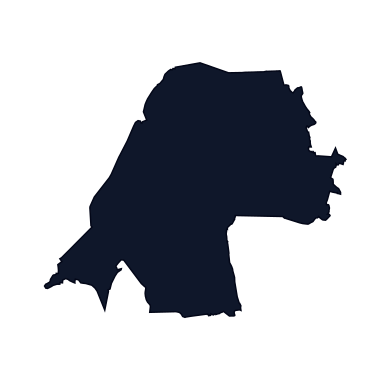 outline of Cuitzeo, Michoacán, Mexico, rotated 264°
{"feature_id": "50627088B4770354561434", "entity_name": "Cuitzeo", "entity_type": "district", "adm_level": 2, "iso_a3": "MEX", "parent_name": "Mexico", "parent_adm1": "Michoacán", "projection": "orthographic", "projection_center": [-101.122, 19.987], "detail": "fine", "context": "isolated", "style": "filled", "palette": "ink", "viewbox_px": 384, "rotation_deg": 264, "n_neighbors": 0, "source": "geoboundaries", "source_scale": "gbopen_adm2", "svg_char_len": 5891}
<svg xmlns="http://www.w3.org/2000/svg" viewBox="0 0 384 384"><g transform="rotate(264 192 192)"><path d="M83.7,92.9L101.8,98.5L103.5,98.3L104.0,100.2L104.1,100.3L109.6,102.3L116.4,106.6L119.5,109.1L120.1,109.8L122.0,113.3L123.1,113.7L122.5,109.8L122.5,109.6L124.6,109.1L125.7,108.5L126.7,108.9L129.0,111.1L132.0,114.5L131.4,117.0L106.3,132.0L103.0,134.9L102.3,135.8L101.1,136.0L99.5,135.6L97.7,135.1L96.1,134.8L94.4,134.8L93.1,134.8L92.1,135.0L90.3,135.2L89.1,135.5L87.0,136.4L85.4,137.6L83.7,138.6L82.2,138.6L76.8,137.4L74.7,163.5L73.9,166.0L73.4,167.1L71.7,168.6L69.2,169.7L68.1,171.9L68.3,172.6L68.6,178.1L69.0,193.2L69.0,194.5L68.7,194.5L68.7,195.1L68.2,195.2L68.1,195.9L67.3,195.8L67.4,197.6L68.9,197.9L67.5,200.3L68.4,202.3L68.1,202.6L68.1,202.8L67.7,202.9L68.1,204.7L68.3,206.8L69.0,207.5L69.3,209.3L70.0,210.8L64.8,216.2L64.4,220.8L64.7,221.6L65.2,221.7L65.8,221.5L66.4,221.4L67.5,221.4L67.8,221.3L68.5,221.5L69.1,221.7L69.3,222.3L69.5,222.5L69.7,222.9L69.8,225.9L69.9,226.4L69.9,226.8L69.1,228.3L71.2,228.2L72.4,228.3L73.7,228.7L74.9,228.3L76.4,227.7L76.6,227.3L83.0,226.0L84.6,225.9L91.4,225.5L98.2,225.1L102.6,225.4L105.8,224.9L108.1,224.5L109.5,224.3L111.1,224.3L113.8,223.6L115.7,222.9L117.8,222.0L126.3,222.0L127.2,222.3L136.5,222.1L138.3,221.8L138.5,222.0L139.0,221.9L139.0,222.2L139.9,221.8L140.6,221.6L141.7,221.7L144.3,221.8L145.9,221.6L148.5,221.8L148.6,222.1L148.9,222.2L149.4,222.1L149.7,222.1L150.0,222.3L150.5,222.3L150.9,222.5L151.0,222.8L151.0,223.1L151.4,222.9L151.6,222.9L151.7,223.0L151.8,223.1L151.9,223.3L153.0,223.7L154.0,224.7L154.5,225.6L154.7,225.9L155.1,226.3L156.2,227.4L155.9,227.7L155.9,227.8L155.9,228.1L156.4,228.7L159.8,231.1L159.8,230.9L160.3,231.4L160.6,231.4L160.8,231.4L161.1,231.6L161.5,231.6L161.8,231.8L162.0,231.8L162.0,232.0L162.8,232.3L163.9,232.7L164.1,232.7L158.2,279.4L157.7,280.5L157.4,280.3L156.7,280.9L156.3,281.4L156.5,281.7L156.1,282.4L155.9,282.5L150.1,295.9L149.0,299.0L148.9,299.6L148.8,299.9L148.0,303.6L148.0,304.5L149.4,307.5L149.4,307.8L150.0,309.2L152.1,311.1L153.2,312.3L153.3,312.8L153.2,314.0L153.7,314.9L154.4,315.4L153.1,316.4L151.8,317.7L150.8,318.8L150.5,319.4L150.3,320.5L150.0,321.9L151.0,323.3L154.0,326.8L154.4,326.6L155.2,326.4L155.4,326.2L156.0,324.9L156.0,324.6L156.9,325.4L158.0,326.2L159.3,326.3L161.7,327.0L164.5,326.7L165.1,326.3L165.3,324.5L167.4,324.4L170.1,325.8L178.3,329.0L176.9,332.6L176.8,333.5L176.7,333.6L176.4,334.1L176.3,334.7L176.1,335.8L176.1,336.0L176.2,336.4L175.4,336.3L175.1,337.5L174.3,339.5L176.2,339.7L180.1,338.1L181.1,336.8L182.4,335.5L183.6,334.5L184.7,333.5L185.1,333.2L186.3,333.4L187.2,333.4L188.0,333.5L188.9,333.5L189.9,333.5L191.8,331.3L200.0,334.9L201.2,336.1L201.6,337.4L202.6,337.8L203.1,338.1L204.3,338.2L205.0,338.3L204.4,338.7L203.7,339.8L203.7,340.3L204.3,340.7L205.2,341.3L205.1,341.9L203.6,345.1L204.3,345.4L204.9,345.6L205.5,345.7L206.1,345.9L206.8,346.4L207.3,347.1L207.0,347.5L207.6,347.7L207.8,347.5L208.1,347.7L208.0,347.8L208.3,348.5L209.5,347.9L209.5,347.7L211.5,345.9L213.1,343.0L214.4,340.9L220.7,339.3L212.4,334.4L214.8,320.8L214.7,320.5L214.8,319.3L215.1,319.0L215.8,318.7L217.1,318.5L218.1,318.6L218.4,318.4L218.3,317.9L217.8,317.8L217.9,317.5L218.2,317.1L219.1,316.9L218.9,316.7L218.7,316.4L218.8,316.0L219.0,315.6L219.7,315.6L219.7,315.4L219.8,314.6L219.9,313.8L220.2,313.6L220.9,312.7L221.7,312.3L222.4,312.4L222.7,312.5L223.0,312.5L223.5,312.3L224.1,312.5L224.4,313.2L224.8,313.1L225.0,313.3L225.0,313.7L224.9,313.9L224.5,314.2L224.5,314.5L224.6,314.9L224.3,315.1L224.3,315.3L225.5,315.1L226.1,314.8L227.1,314.8L228.4,314.7L230.4,314.9L231.4,314.7L232.3,314.4L233.0,314.5L233.5,314.9L234.3,314.9L234.5,314.5L239.2,314.2L239.1,313.9L239.5,313.5L240.1,313.1L242.5,312.6L243.1,312.3L244.4,312.3L245.5,313.0L245.6,313.7L245.4,313.9L244.8,314.1L244.1,314.2L243.9,314.4L244.2,314.9L244.9,315.6L245.9,317.7L246.5,320.5L247.1,321.6L247.8,322.3L248.5,322.4L249.1,322.2L249.7,321.4L250.9,320.9L252.5,319.7L253.6,318.7L254.6,317.9L255.6,317.5L256.7,317.0L258.5,316.9L258.7,317.3L259.9,316.8L262.8,314.9L265.3,313.6L269.1,312.0L269.6,311.7L269.8,311.6L272.5,311.0L275.1,310.6L275.7,310.7L276.5,310.9L277.5,311.6L277.8,312.0L278.6,312.5L279.9,312.4L281.2,312.2L283.5,312.1L284.8,311.9L285.1,311.7L285.1,311.0L284.7,310.1L284.5,308.9L284.5,307.8L282.7,305.1L281.7,304.5L281.0,303.8L280.2,303.3L280.1,303.1L280.1,302.8L280.1,302.7L280.5,302.1L281.2,301.4L281.8,301.0L281.8,300.6L285.2,299.2L287.3,299.3L287.8,299.0L288.0,298.8L288.1,298.2L288.4,297.7L288.6,296.9L288.7,296.2L288.5,294.8L288.8,294.6L289.7,294.4L289.8,294.4L302.2,292.5L303.3,292.2L303.4,288.8L303.5,288.8L303.5,287.5L304.1,279.6L304.1,278.7L304.3,278.6L304.0,275.8L304.5,270.2L304.8,265.6L305.5,257.0L305.5,254.6L306.7,240.8L319.6,213.5L317.8,188.4L316.2,187.9L316.8,186.1L315.6,184.9L316.1,183.6L314.7,181.1L311.9,177.5L309.7,176.3L306.9,175.2L305.5,173.7L303.3,171.5L302.3,168.9L301.5,168.8L299.9,166.7L298.8,165.3L295.3,162.3L289.3,157.6L286.8,156.1L284.0,154.6L276.8,152.1L268.2,154.5L267.0,150.1L265.6,149.3L266.0,148.5L267.9,148.0L268.6,145.8L267.1,143.1L263.5,140.8L249.4,132.9L236.5,124.4L234.3,122.9L218.1,113.6L214.9,111.3L197.2,94.3L188.2,89.1L186.9,88.8L169.0,88.0L167.6,89.0L145.6,62.0L140.2,55.3L139.4,53.6L136.4,55.3L133.8,51.0L130.9,51.1L127.9,51.0L125.7,50.6L125.0,50.6L125.2,48.6L124.6,48.7L124.0,47.2L123.9,45.5L123.5,44.9L120.0,42.2L119.6,42.0L119.1,42.0L118.8,41.9L117.2,41.0L116.6,39.4L116.3,39.0L116.0,38.2L115.9,37.9L115.8,37.7L115.6,36.9L113.9,35.5L111.7,36.5L111.2,38.2L111.9,40.2L112.4,41.4L112.6,42.0L113.7,44.2L114.5,48.5L114.3,48.8L114.2,50.4L114.4,50.3L114.5,51.0L115.8,51.2L115.2,53.7L118.0,54.2L119.1,57.4L118.0,59.7L116.6,61.1L116.5,61.3L115.9,62.3L114.8,64.1L113.8,66.0L115.1,66.1L115.9,66.3L116.8,66.6L117.5,66.8L116.5,70.0L113.3,71.9L112.6,74.5L112.1,76.8L109.8,82.6L106.6,85.5L103.3,87.3L83.7,92.9Z" fill="#0f172a" stroke="#020617" stroke-width="1.5"/></g></svg>